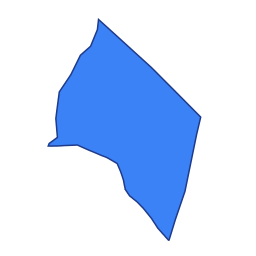 Al Wihda, Southern Darfur, Sudan, rotated 200°
{"feature_id": "16777658B17164908055521", "entity_name": "Al Wihda", "entity_type": "district", "adm_level": 2, "iso_a3": "SDN", "parent_name": "Sudan", "parent_adm1": "Southern Darfur", "projection": "natural_earth1", "projection_center": [24.982, 12.873], "detail": "fine", "context": "isolated", "style": "filled", "palette": "blue", "viewbox_px": 256, "rotation_deg": 200, "n_neighbors": 0, "source": "geoboundaries", "source_scale": "gbopen_adm2", "svg_char_len": 1758}
<svg xmlns="http://www.w3.org/2000/svg" viewBox="0 0 256 256"><g transform="rotate(200 128 128)"><path d="M111.0,71.8L109.8,69.8L109.8,69.6L109.7,69.6L109.5,69.4L109.0,69.0L108.9,68.9L108.0,68.2L107.9,68.2L107.4,67.8L107.1,67.6L106.9,67.4L106.7,67.3L106.5,67.1L106.1,66.8L106.0,66.7L105.2,66.2L104.7,65.8L103.7,65.1L103.4,64.9L103.0,64.7L102.8,64.6L102.6,64.5L101.1,64.1L99.7,63.6L98.7,63.2L94.2,61.7L90.1,59.7L89.5,59.4L86.8,58.1L86.7,58.1L86.4,57.9L86.2,57.8L86.1,57.7L84.3,56.7L83.8,56.4L82.2,55.4L78.5,53.2L75.4,51.3L74.8,50.9L71.5,48.4L69.8,47.2L67.1,45.1L66.0,44.3L65.8,44.1L65.5,44.0L65.2,43.8L65.0,43.7L63.7,43.0L63.4,42.8L61.6,41.9L60.6,41.3L59.3,40.6L57.7,39.8L57.3,39.6L55.6,38.6L54.5,38.0L52.9,37.2L51.5,36.4L51.4,36.4L51.2,36.3L51.1,36.1L51.2,39.0L52.0,54.3L52.2,58.5L52.8,87.9L61.4,145.9L63.4,163.1L79.5,170.7L92.0,176.6L126.6,192.8L148.6,201.8L168.3,209.9L192.8,219.9L190.4,209.9L191.1,192.0L197.6,180.1L199.9,158.8L201.1,153.8L204.9,138.4L201.0,120.8L199.0,112.1L191.1,95.0L196.8,86.5L196.8,83.8L195.2,84.3L194.8,84.5L194.5,84.6L194.1,84.7L193.6,84.9L191.8,85.6L191.6,85.7L190.8,86.0L190.2,86.2L190.0,86.3L187.9,87.1L186.8,87.6L185.9,87.9L185.5,88.1L185.2,88.2L184.9,88.4L184.7,88.5L184.2,88.7L183.7,88.9L183.0,89.2L181.9,89.7L179.7,90.6L178.7,91.0L176.5,91.9L170.9,94.2L169.8,94.7L169.7,94.7L168.6,94.6L167.2,94.5L165.8,94.4L164.8,94.3L164.3,94.3L160.2,94.0L155.6,93.7L154.2,93.7L150.2,93.5L148.1,93.4L146.8,93.3L146.5,93.3L146.3,93.3L146.2,93.3L145.5,93.2L144.5,93.2L142.7,93.1L142.0,93.1L141.8,93.1L140.3,93.1L139.7,93.1L138.9,93.1L138.7,93.1L138.4,93.0L138.2,93.0L137.7,93.0L137.3,92.9L137.0,92.9L126.0,90.9L120.2,84.7L116.7,80.4L114.4,77.4L111.2,72.0L111.1,71.9L111.0,71.8Z" fill="#3b82f6" stroke="#1e3a8a" stroke-width="1.5"/></g></svg>